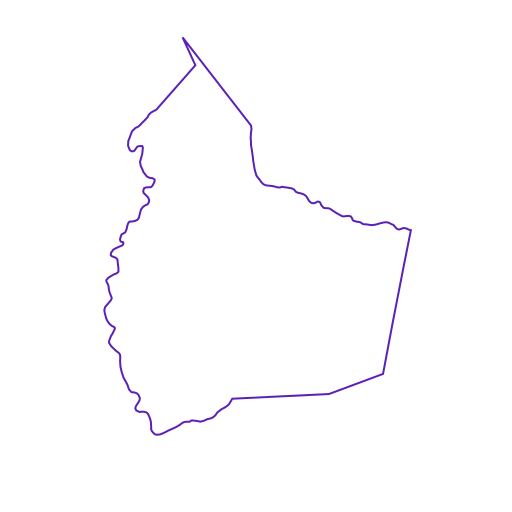 Yauyupe, El Paraíso, Honduras, rotated 13°
{"feature_id": "27666195B23214675582882", "entity_name": "Yauyupe", "entity_type": "district", "adm_level": 2, "iso_a3": "HND", "parent_name": "Honduras", "parent_adm1": "El Paraíso", "projection": "natural_earth1", "projection_center": [-87.088, 13.756], "detail": "fine", "context": "isolated", "style": "outline", "palette": "violet", "viewbox_px": 512, "rotation_deg": 13, "n_neighbors": 0, "source": "geoboundaries", "source_scale": "gbopen_adm2", "svg_char_len": 6019}
<svg xmlns="http://www.w3.org/2000/svg" viewBox="0 0 512 512"><g transform="rotate(13 256 256)"><path d="M402.2,232.3L401.1,196.0L398.4,195.9L396.9,195.4L393.8,195.4L392.9,195.9L391.6,196.7L389.6,198.0L388.4,198.0L387.3,197.8L386.2,197.2L382.8,194.8L380.9,194.5L378.2,193.8L376.4,193.7L374.9,193.9L372.9,194.6L370.9,195.6L368.9,196.6L366.5,198.0L365.3,198.6L361.8,199.9L359.9,200.1L356.5,200.3L355.5,200.5L354.6,200.7L353.0,200.8L351.4,200.2L350.1,199.7L348.3,199.7L347.0,199.9L344.0,199.8L343.2,199.7L342.6,199.5L342.1,199.1L340.6,197.0L340.3,196.8L339.6,196.2L337.7,196.0L335.5,196.6L333.9,197.2L332.3,197.8L330.4,197.7L328.3,197.1L325.2,196.2L322.6,195.3L320.2,194.4L317.8,193.4L315.8,193.2L313.7,193.6L311.3,193.9L308.5,192.1L306.4,189.4L305.5,189.0L304.1,189.0L303.2,189.5L302.6,190.3L301.1,191.3L300.5,191.5L299.8,191.7L299.3,191.8L297.5,191.7L295.6,190.6L294.7,189.7L292.9,187.9L292.0,186.9L290.7,186.0L289.7,185.6L288.4,185.2L286.8,185.0L285.4,184.9L283.9,184.9L282.3,184.9L280.8,184.7L279.5,183.7L278.2,182.7L276.6,182.2L274.7,182.1L272.6,182.2L270.5,182.3L268.5,182.6L267.0,182.6L265.5,182.8L264.0,183.9L260.9,184.3L258.2,184.1L255.9,184.2L253.4,184.5L251.5,184.7L249.6,184.9L247.1,184.4L244.6,182.9L242.0,180.5L239.2,178.4L238.2,177.4L237.8,176.6L236.8,174.9L235.8,173.0L235.0,171.6L235.0,171.4L231.8,163.7L231.5,162.8L231.0,161.2L230.0,158.6L227.4,151.9L226.2,149.1L225.3,145.5L224.3,142.5L223.8,139.5L223.4,137.3L223.2,134.9L223.1,133.6L221.8,130.0L135.3,59.5L154.0,83.8L128.1,131.9L127.4,133.2L126.4,135.2L125.2,136.7L123.7,137.7L122.5,138.9L121.1,140.3L119.7,142.6L119.4,144.5L118.7,145.9L117.5,148.0L116.3,150.0L114.9,152.1L113.8,154.1L112.1,156.5L109.8,158.3L107.1,162.4L106.6,166.5L106.1,170.4L105.7,172.8L106.5,177.3L109.2,181.2L111.1,182.0L113.1,181.5L113.7,181.0L114.9,178.2L115.8,176.1L117.5,175.2L119.3,174.7L120.5,174.5L121.4,175.9L121.7,178.2L122.2,182.2L122.1,183.7L122.0,186.3L121.8,190.3L123.5,194.3L125.6,196.9L127.5,199.6L129.8,201.5L132.0,203.2L135.0,203.8L135.8,203.7L137.9,203.5L140.0,204.3L140.4,206.0L139.9,208.6L139.2,211.0L137.9,212.7L136.5,213.0L133.8,213.8L131.8,214.9L131.4,217.9L132.3,219.8L132.9,220.2L135.2,221.6L137.6,223.1L139.3,225.4L139.5,228.0L138.7,230.1L136.9,231.4L135.0,233.3L133.6,236.2L133.4,238.1L133.3,241.8L133.3,245.2L132.1,247.7L130.5,248.7L130.0,249.2L127.3,250.3L125.1,250.9L124.4,251.9L123.9,253.9L123.8,256.4L123.9,258.6L123.4,262.1L121.7,263.9L120.2,265.1L119.8,267.8L119.8,270.6L120.8,272.2L121.8,272.5L123.3,272.4L124.0,273.5L123.5,275.6L121.5,277.1L119.8,278.3L117.1,280.4L115.4,282.1L114.1,285.4L114.3,287.9L115.6,288.7L118.1,289.0L119.7,289.3L121.5,290.3L122.1,291.4L123.2,294.9L123.3,295.0L124.7,298.9L125.5,302.3L124.0,304.4L121.9,305.7L119.4,308.0L116.9,310.6L115.6,313.2L116.1,314.7L118.0,316.7L119.1,318.6L120.2,321.7L121.4,324.2L123.5,327.3L124.9,329.4L124.7,331.3L123.2,334.5L121.8,337.0L120.4,339.9L120.4,342.9L121.4,345.4L123.8,350.0L125.6,352.5L128.3,355.0L131.6,356.7L133.8,357.1L134.7,357.9L134.8,358.7L134.4,360.7L133.7,363.7L132.9,366.2L132.7,366.5L132.0,371.2L132.3,373.6L134.9,376.2L137.7,378.0L141.2,380.0L144.1,381.3L145.7,382.7L146.6,385.5L147.1,388.5L148.8,394.3L151.3,399.4L154.4,404.5L158.0,408.4L160.0,410.8L162.2,414.5L165.3,416.7L168.2,416.3L170.8,416.6L172.7,417.7L174.8,420.6L175.0,422.7L174.3,425.2L173.5,427.3L172.6,430.0L172.8,431.9L174.2,433.5L175.3,433.7L177.7,434.2L178.1,434.0L178.3,433.9L178.8,433.8L179.4,433.5L179.8,433.4L180.3,433.3L180.8,433.1L181.3,433.1L181.7,433.0L182.0,433.0L182.5,433.0L182.9,433.0L184.0,433.1L184.5,433.2L184.9,433.3L185.2,433.4L185.3,433.4L185.5,433.5L185.9,433.9L186.1,434.1L186.6,434.5L186.8,434.8L187.2,435.3L187.4,435.6L188.3,436.8L188.8,437.5L189.1,437.9L189.3,438.2L189.6,438.8L190.0,439.5L190.2,439.9L190.6,440.7L190.7,440.9L190.8,441.2L190.9,441.4L191.0,441.7L191.2,442.3L191.7,444.1L192.1,445.5L192.4,446.4L192.7,447.9L192.9,448.4L193.0,448.7L193.1,448.8L193.1,449.0L193.3,449.3L193.5,449.5L193.8,449.9L194.3,450.3L194.8,450.7L195.1,451.0L195.5,451.2L195.8,451.4L196.3,451.8L196.7,452.0L197.0,452.1L197.4,452.3L197.7,452.4L198.0,452.5L198.3,452.5L198.5,452.5L198.9,452.5L199.3,452.5L199.8,452.4L200.0,452.3L200.4,452.2L201.2,452.0L201.5,451.8L202.3,451.5L202.7,451.4L203.0,451.2L203.3,451.0L203.7,450.8L204.4,450.2L205.2,449.7L205.9,449.1L206.7,448.5L207.8,447.6L209.5,446.1L210.1,445.6L210.8,445.1L212.4,443.9L213.4,443.1L215.8,441.3L217.1,440.2L217.9,439.5L218.3,439.1L218.7,438.7L219.1,438.3L219.4,438.0L219.8,437.7L220.2,437.0L220.7,436.5L221.1,436.0L221.5,435.6L221.8,435.3L222.4,434.7L222.7,434.4L223.0,434.2L223.4,434.0L223.6,433.9L224.1,433.6L224.7,433.4L225.2,433.3L225.7,433.1L226.1,433.0L226.4,432.9L227.4,432.7L227.8,432.6L228.0,432.6L228.4,432.4L228.6,432.3L228.8,432.2L229.0,432.0L229.2,431.8L229.3,431.7L229.6,431.3L229.7,431.2L229.9,431.1L230.0,430.9L230.3,430.7L230.6,430.6L230.8,430.6L231.6,430.5L231.9,430.4L233.2,430.3L234.5,430.1L236.0,430.0L236.9,430.0L238.1,430.0L238.5,429.9L238.8,429.9L239.2,429.8L239.4,429.8L239.6,429.7L239.8,429.6L240.5,429.2L241.2,428.8L241.8,428.5L242.5,428.1L242.9,427.8L243.1,427.6L243.7,427.2L243.9,427.0L244.2,426.8L244.8,426.3L245.0,426.2L245.4,425.9L245.7,425.7L245.9,425.6L246.1,425.5L246.6,425.4L246.9,425.2L247.3,425.0L247.7,424.8L248.1,424.6L248.8,424.1L249.2,423.8L249.6,423.5L249.9,423.2L250.3,422.9L250.5,422.7L250.7,422.4L251.0,422.1L251.3,421.7L251.6,421.3L251.9,420.8L252.1,420.5L252.3,420.1L252.5,419.8L252.7,419.4L252.8,419.0L252.9,418.7L253.1,418.2L253.2,417.9L253.3,417.7L253.4,417.4L253.6,417.1L253.8,416.9L254.1,416.4L254.5,416.0L255.0,415.3L255.7,414.5L256.6,413.4L257.0,413.0L257.2,412.8L257.5,412.5L257.7,412.3L258.5,411.7L258.8,411.4L259.1,411.2L259.4,410.9L259.6,410.6L260.1,410.2L260.4,409.8L260.8,409.5L261.2,409.0L261.5,408.7L261.7,408.4L262.0,408.1L262.3,407.6L262.5,407.3L262.6,407.1L262.8,406.8L263.0,406.5L263.2,406.0L263.3,405.8L263.4,405.5L263.5,405.1L264.2,403.0L264.7,401.3L265.0,400.4L358.1,374.1L406.3,342.3L404.2,290.9L402.2,232.3Z" fill="none" stroke="#5b21b6" stroke-width="2"/></g></svg>